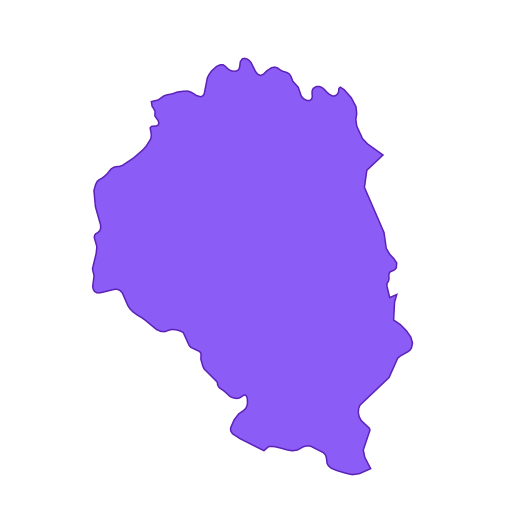 map outline of Corrèze (Mercator projection), rotated 104°
{"feature_id": "FRA-5280", "entity_name": "Corrèze", "entity_type": "Metropolitan department", "adm_level": 1, "iso_a3": "FRA", "parent_name": "France", "parent_adm1": "", "projection": "mercator", "projection_center": [1.862, 45.347], "detail": "fine", "context": "isolated", "style": "filled", "palette": "violet", "viewbox_px": 512, "rotation_deg": 104, "n_neighbors": 0, "source": "natural_earth", "source_scale": "10m", "svg_char_len": 3100}
<svg xmlns="http://www.w3.org/2000/svg" viewBox="0 0 512 512"><g transform="rotate(104 256 256)"><path d="M250.8,122.2L253.3,121.8L264.0,116.2L259.3,110.1L267.1,110.4L284.8,107.0L287.6,99.4L292.1,92.0L297.3,86.1L302.5,83.1L307.4,82.9L309.7,83.6L311.9,85.2L317.9,91.6L320.9,93.8L341.7,97.5L375.5,119.0L379.2,119.5L383.3,118.8L387.0,117.0L390.3,114.0L395.7,104.3L397.5,103.3L418.3,105.0L425.1,101.7L434.6,93.3L442.1,102.9L444.8,109.5L445.0,112.1L445.0,118.3L444.6,125.7L444.0,129.9L443.6,131.9L442.9,133.4L441.8,135.2L440.1,136.8L434.3,139.1L432.1,140.6L430.5,143.1L427.3,157.0L427.9,160.6L429.5,163.7L434.3,169.0L436.2,173.6L436.6,178.4L436.4,186.2L436.5,192.1L437.4,196.3L438.2,197.9L443.0,201.2L437.2,227.0L434.2,235.7L432.3,237.8L430.6,238.7L428.7,239.0L420.3,237.6L413.4,234.6L409.2,230.9L406.9,229.4L405.6,228.9L403.4,228.5L400.7,228.7L395.8,230.2L394.0,231.6L393.5,233.1L394.1,234.3L395.1,235.2L396.2,236.1L397.2,237.1L398.0,238.2L398.6,239.4L399.0,240.8L399.1,242.6L399.1,244.2L398.9,245.9L398.5,247.4L394.8,254.2L392.8,259.6L391.5,261.1L390.0,262.2L387.7,263.1L378.1,279.1L375.8,280.9L369.8,284.4L364.2,285.7L362.9,286.8L362.2,288.3L360.4,297.2L359.1,299.1L347.8,308.1L347.2,311.0L346.9,313.8L347.1,317.3L347.9,320.5L349.6,323.4L351.5,326.2L352.2,330.1L351.4,334.8L345.0,348.1L343.3,352.5L342.2,356.4L340.0,361.8L337.8,365.4L335.3,368.2L324.0,376.9L322.2,380.0L321.9,383.2L322.9,385.9L328.7,396.8L329.6,399.0L330.0,400.4L330.2,401.3L330.0,402.3L329.3,404.3L327.4,406.0L325.1,407.1L314.6,408.3L307.9,411.6L292.1,411.7L286.0,412.6L284.5,413.2L277.0,417.5L274.7,417.5L273.2,416.9L271.6,415.2L269.0,413.6L266.4,413.5L263.5,414.3L247.1,423.7L231.7,429.1L225.3,428.9L221.9,428.1L220.0,426.7L218.4,424.9L215.7,422.6L212.2,420.3L206.6,417.7L204.1,415.2L202.9,412.6L202.1,410.1L200.5,407.6L190.5,398.5L180.8,391.7L176.0,389.1L167.5,386.4L163.7,386.9L157.3,389.7L155.5,388.7L154.7,386.6L154.1,384.2L152.4,382.5L150.3,382.5L148.2,383.8L145.5,387.0L144.5,388.0L139.9,389.0L137.0,391.7L136.1,392.9L131.5,394.9L128.3,388.7L123.1,384.3L121.1,381.3L119.1,376.8L115.8,371.7L113.6,366.0L112.5,362.2L112.7,359.0L113.5,356.0L114.7,352.7L114.9,348.2L113.4,346.3L111.3,345.5L94.7,346.3L91.4,345.5L87.4,344.0L81.7,340.2L79.2,337.1L78.4,334.3L79.3,331.8L80.8,329.3L82.0,326.6L82.3,323.6L81.5,320.1L79.4,317.9L76.9,317.6L71.1,318.2L67.9,316.9L67.0,314.9L67.0,312.5L67.8,310.1L69.4,307.7L77.0,301.2L79.1,298.5L79.8,295.2L77.6,292.6L73.8,290.4L69.6,286.5L68.2,283.6L68.3,280.6L69.4,278.0L70.2,275.5L70.5,270.3L71.3,267.7L73.2,265.6L77.6,262.5L82.1,255.8L89.7,250.9L91.8,248.1L92.8,244.3L92.2,241.5L90.3,240.0L87.7,239.9L84.9,240.9L82.1,241.5L79.5,241.0L77.0,238.5L76.2,235.7L76.5,232.9L77.8,230.1L79.7,227.2L81.3,224.1L82.3,220.3L81.2,217.6L78.9,216.0L76.7,215.6L73.3,216.1L71.8,215.0L73.3,210.7L79.4,201.8L87.1,195.0L93.6,192.7L99.4,192.2L105.7,189.6L116.4,181.0L120.3,174.9L127.3,157.2L146.0,169.2L163.2,167.4L202.2,137.5L217.2,131.4L222.0,126.6L225.3,121.5L228.7,117.8L233.7,117.0L236.0,118.3L239.3,122.3L241.7,122.6L246.3,121.4L248.3,121.4L250.8,122.2Z" fill="#8b5cf6" stroke="#5b21b6" stroke-width="1.5"/></g></svg>